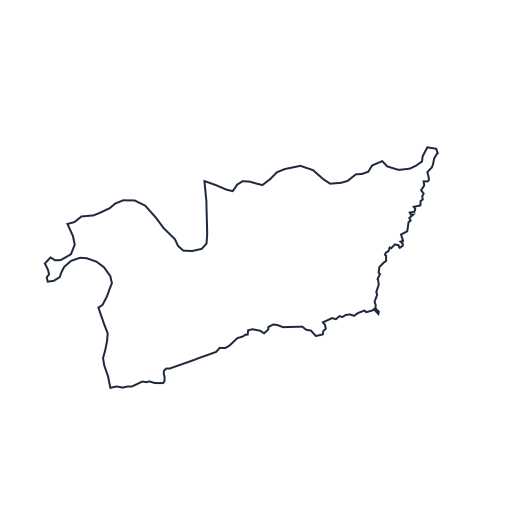 Cabo Rojo, Puerto Rico, rotated 71°
{"feature_id": "32010507B73379646065034", "entity_name": "Cabo Rojo", "entity_type": "district", "adm_level": 2, "iso_a3": "PRI", "parent_name": "Puerto Rico", "parent_adm1": "", "projection": "albers", "projection_center": [-67.16, 18.05], "detail": "fine", "context": "isolated", "style": "outline", "palette": "slate", "viewbox_px": 512, "rotation_deg": 71, "n_neighbors": 0, "source": "geoboundaries", "source_scale": "gbopen_adm2", "svg_char_len": 3368}
<svg xmlns="http://www.w3.org/2000/svg" viewBox="0 0 512 512"><g transform="rotate(71 256 256)"><path d="M218.0,50.7L217.2,50.7L213.3,50.7L209.0,58.6L214.9,64.8L216.0,66.0L220.7,68.3L221.7,71.8L222.7,75.3L223.5,82.0L221.1,92.9L219.8,94.8L214.1,102.7L208.8,105.1L207.4,105.8L208.1,115.5L208.2,116.7L212.4,121.9L212.9,122.6L212.9,126.9L212.9,129.2L211.3,135.1L211.6,135.8L214.9,145.2L214.8,145.6L214.5,151.9L213.6,155.1L212.0,161.4L211.7,162.4L205.1,167.5L201.0,169.8L194.5,173.5L193.5,174.0L193.4,174.1L185.2,184.7L183.3,199.4L183.2,200.3L183.6,208.9L187.3,216.3L187.9,217.5L191.0,226.8L190.9,227.0L190.6,227.5L188.3,231.1L183.6,237.8L180.9,244.4L182.0,248.8L182.4,250.7L184.3,253.1L187.1,256.9L183.6,262.4L175.8,271.0L168.4,280.3L168.9,280.5L171.5,281.1L179.9,283.1L182.6,283.8L187.9,285.0L192.7,286.6L200.4,289.0L205.1,290.5L207.4,291.2L215.0,293.6L218.0,294.6L219.9,295.2L222.0,296.1L225.9,297.8L228.1,298.7L228.8,300.0L231.6,305.0L230.5,314.7L227.3,322.9L226.5,323.4L221.9,326.0L221.1,326.4L219.6,326.6L213.7,327.2L202.5,332.8L199.6,334.3L198.5,334.6L188.9,337.6L187.1,338.2L172.3,344.4L169.2,347.5L164.0,352.6L160.1,363.5L160.5,370.4L160.5,371.7L160.6,372.1L163.3,379.2L163.5,382.0L164.2,388.0L164.4,390.5L164.7,396.2L164.7,396.5L161.9,407.7L161.8,408.2L164.8,416.7L164.4,422.8L164.3,423.8L165.7,423.7L177.7,422.6L184.4,423.5L186.3,423.7L194.1,430.4L195.5,437.6L196.3,442.1L194.6,447.4L192.1,449.4L190.5,450.8L194.4,458.1L197.7,457.6L201.1,457.2L201.4,457.2L205.9,457.6L208.2,460.9L212.5,461.3L213.6,455.4L213.6,455.2L212.1,448.5L212.0,448.4L209.1,446.1L208.4,445.6L203.8,440.9L201.3,434.7L200.4,432.3L200.4,432.2L200.4,422.9L200.6,422.4L203.1,416.6L203.8,415.8L209.5,408.6L217.2,403.4L227.7,400.3L234.8,401.1L239.8,405.4L242.0,407.1L245.7,410.1L252.3,417.1L253.2,420.7L253.5,421.7L253.5,421.8L262.5,421.8L266.1,421.8L271.1,421.8L271.3,421.8L280.9,421.4L286.0,423.7L287.9,424.5L295.3,428.8L302.8,433.9L309.8,435.1L321.9,435.1L332.9,436.6L333.3,436.6L333.3,435.5L334.0,430.2L337.0,424.9L337.5,420.4L339.0,415.8L337.7,404.5L339.7,400.5L339.9,397.5L343.1,393.2L345.9,385.2L344.6,383.3L340.7,381.8L336.8,381.5L334.5,380.3L333.2,377.6L334.3,374.2L334.1,347.2L333.9,344.1L333.7,324.9L331.1,320.3L333.0,314.9L332.1,310.3L327.6,300.4L327.8,294.6L327.0,291.6L327.6,289.5L323.7,287.6L324.1,283.2L327.9,276.6L331.7,273.5L329.5,268.3L327.2,267.5L326.4,262.0L328.2,258.3L332.1,253.6L334.8,245.0L337.9,235.2L342.1,232.6L344.4,228.3L351.1,225.5L351.9,218.6L351.8,218.3L348.9,216.8L347.5,213.7L343.5,213.2L340.5,214.3L339.5,204.2L341.8,201.0L340.0,196.7L341.8,194.3L341.0,190.3L341.8,186.2L344.5,182.8L343.1,178.2L342.9,171.2L345.0,170.1L345.4,162.9L344.6,161.8L350.6,159.2L348.8,158.0L344.4,160.1L341.4,158.8L337.9,158.8L332.0,154.0L329.2,154.0L323.3,149.4L318.6,148.3L317.5,148.6L313.5,144.7L311.7,145.5L306.6,142.9L303.9,137.5L303.0,134.6L298.1,132.9L296.8,133.7L295.1,132.1L294.6,129.3L291.5,126.8L292.7,125.7L290.3,120.9L292.2,117.7L294.3,117.8L295.1,117.4L294.1,114.0L292.0,113.2L289.5,114.7L289.6,112.0L282.9,111.9L281.9,105.0L273.5,100.6L272.9,98.3L270.0,98.7L268.1,94.0L267.5,96.1L265.0,96.5L265.8,91.9L263.5,90.1L260.9,90.8L261.7,84.1L257.6,82.5L256.9,80.0L253.7,79.4L251.5,77.1L247.6,78.5L244.1,74.0L240.0,73.2L241.2,70.0L240.9,68.2L239.0,67.3L232.4,66.6L229.6,61.1L227.6,59.2L221.7,55.7L218.0,51.4L218.0,50.7Z" fill="none" stroke="#1e293b" stroke-width="2"/></g></svg>